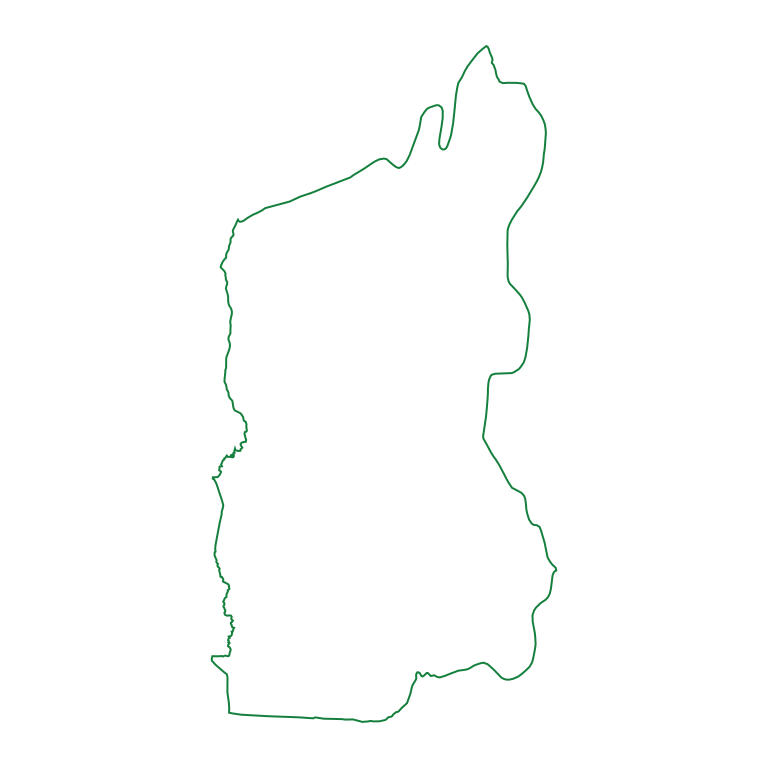 Banteay Srei, Siemréab, Cambodia (Natural Earth projection)
{"feature_id": "14789045B44101089408344", "entity_name": "Banteay Srei", "entity_type": "district", "adm_level": 2, "iso_a3": "KHM", "parent_name": "Cambodia", "parent_adm1": "Siemréab", "projection": "natural_earth1", "projection_center": [104.003, 13.597], "detail": "fine", "context": "isolated", "style": "outline", "palette": "green", "viewbox_px": 768, "rotation_deg": 0, "n_neighbors": 0, "source": "geoboundaries", "source_scale": "gbopen_adm2", "svg_char_len": 6083}
<svg xmlns="http://www.w3.org/2000/svg" viewBox="0 0 768 768"><path d="M212.4,656.2L211.7,659.1L211.9,660.7L215.5,664.7L224.1,672.2L226.8,674.2L227.5,677.4L227.4,692.1L228.9,703.2L229.2,707.8L229.1,712.7L232.4,713.4L241.3,714.7L267.8,716.2L298.4,717.3L313.2,718.3L315.1,717.4L323.9,718.7L341.6,719.1L345.6,719.6L352.9,719.4L362.4,721.9L368.8,721.4L369.9,720.9L373.8,721.4L379.3,721.3L385.3,720.0L386.9,718.7L387.8,717.7L388.9,717.1L390.9,716.8L392.3,716.0L392.9,714.8L395.1,712.9L396.1,712.2L398.4,711.6L401.9,707.7L407.0,703.2L410.4,693.7L412.0,686.6L413.0,684.4L415.5,680.3L416.3,678.6L416.1,676.0L416.2,674.3L417.2,672.4L418.1,672.2L419.9,673.2L420.5,674.5L421.5,676.0L422.4,676.5L423.5,676.0L426.7,673.0L427.8,673.0L430.8,676.0L434.2,675.3L436.9,676.8L438.1,677.2L439.9,677.4L445.4,675.7L449.2,674.1L458.3,670.7L465.6,669.7L468.7,668.8L474.5,665.3L480.3,663.3L483.5,662.7L487.6,664.2L490.4,666.6L494.2,670.1L501.5,677.7L504.1,679.0L506.9,679.7L509.6,679.6L513.4,678.7L518.2,676.6L522.0,673.8L526.6,669.7L529.6,666.8L532.1,662.4L533.4,657.4L535.1,648.3L535.6,644.0L535.3,638.0L534.8,632.9L532.7,621.7L532.5,615.3L534.0,610.7L535.9,607.7L540.6,603.1L545.7,599.7L548.1,597.0L549.8,593.6L550.9,588.8L552.6,575.3L553.8,572.3L554.9,571.2L556.3,570.5L555.6,567.6L552.9,565.2L551.8,564.0L549.7,561.2L547.6,557.4L544.6,542.7L541.0,530.5L539.5,526.8L536.5,525.1L534.1,525.0L531.7,523.6L529.0,519.4L527.3,513.9L526.3,509.2L526.0,504.4L525.2,498.7L523.9,495.5L521.3,492.7L512.0,487.8L508.8,483.0L506.5,479.0L504.1,474.2L499.1,464.8L495.9,459.7L493.5,456.4L490.8,452.1L486.8,444.6L483.4,438.6L483.1,436.2L486.0,416.7L486.7,409.5L487.6,398.6L487.9,393.1L487.9,389.2L488.4,383.1L489.0,380.0L489.8,377.8L490.3,376.9L490.8,375.6L492.4,374.5L495.6,373.7L511.6,373.1L513.8,372.3L518.8,369.1L520.1,367.7L523.5,362.9L524.7,359.8L525.6,356.5L527.1,348.1L528.4,335.9L528.8,329.6L529.8,319.8L529.4,314.7L528.3,310.8L526.9,307.7L524.8,302.9L521.9,297.4L519.6,294.3L514.5,288.6L509.9,283.8L508.6,281.3L507.7,277.5L507.6,274.4L507.8,264.3L507.3,245.1L507.6,230.6L508.2,227.8L509.4,224.6L511.7,220.0L516.9,211.7L521.2,206.4L527.1,197.7L534.3,185.8L537.0,181.0L539.0,176.9L540.8,172.3L542.0,168.0L543.1,162.5L543.9,153.8L544.7,148.9L545.9,132.9L545.5,128.5L544.9,124.4L543.5,120.5L541.2,115.7L538.8,112.4L535.5,108.8L532.9,104.7L529.3,96.7L526.6,89.1L525.8,86.2L524.0,83.8L520.9,83.3L517.0,82.9L508.3,82.8L502.8,83.1L499.6,81.7L498.5,79.1L497.6,78.1L496.8,76.3L495.9,72.8L495.6,70.5L493.9,65.7L493.4,64.7L491.8,62.9L492.5,59.8L492.3,58.4L489.6,52.0L489.0,49.5L487.6,46.8L486.2,46.1L481.9,49.5L477.6,53.3L473.1,59.0L467.7,66.2L464.9,70.9L461.8,77.5L458.4,82.8L457.3,87.4L455.9,95.9L454.7,108.4L453.1,123.5L451.1,134.8L450.3,137.7L447.3,146.2L446.2,148.1L445.2,149.0L444.2,149.4L442.9,149.5L441.4,148.7L440.5,148.0L439.6,146.1L439.1,144.0L439.4,139.1L441.4,127.4L442.7,118.2L442.7,110.9L441.9,108.0L441.0,107.0L439.0,105.4L437.2,105.2L435.6,105.4L430.4,107.2L428.4,108.0L426.6,109.3L424.4,112.1L421.2,117.1L419.9,125.1L418.8,130.2L409.6,155.2L406.7,161.0L405.0,163.3L402.8,165.7L400.7,167.3L398.8,168.0L397.5,167.6L395.7,166.8L392.9,164.7L386.5,159.1L383.9,158.6L379.4,159.3L375.2,161.3L372.7,162.8L363.9,168.8L353.6,175.0L350.4,177.4L326.4,186.6L316.0,191.1L311.1,193.0L300.0,196.7L289.8,201.5L265.3,208.1L261.7,210.6L257.2,212.9L252.8,214.8L247.7,217.8L244.1,220.4L242.0,221.5L239.9,221.8L238.5,220.8L238.0,219.7L237.4,220.7L235.6,224.9L233.1,229.8L232.8,231.1L233.5,234.0L233.3,235.5L230.9,238.1L230.5,239.5L230.6,242.1L229.1,245.9L228.6,249.8L226.8,252.7L226.2,254.3L226.1,257.8L224.8,258.9L222.9,261.5L221.1,265.2L220.7,267.4L224.3,271.0L225.5,273.5L225.3,275.4L225.9,277.9L225.8,279.1L226.2,280.3L227.1,281.7L227.2,284.0L226.5,285.6L225.9,288.5L227.7,294.4L228.1,296.8L228.2,301.5L228.7,304.3L229.4,305.9L230.5,307.6L231.4,309.5L231.9,311.6L231.8,314.1L230.5,319.9L230.2,322.3L230.7,325.5L230.4,330.0L230.4,333.5L228.7,336.8L228.4,339.3L229.6,342.7L230.0,345.3L229.6,348.1L229.1,350.0L226.6,356.7L226.2,358.3L226.1,367.9L225.3,370.4L225.3,372.4L224.6,378.7L224.5,381.8L226.0,384.8L226.6,387.5L226.7,389.4L227.9,391.2L228.5,392.8L228.7,395.7L229.8,398.1L231.5,399.8L232.4,401.1L233.5,408.0L234.6,410.3L240.3,413.2L241.6,414.6L243.1,417.1L243.8,420.6L245.7,421.8L246.5,424.4L246.3,426.2L246.6,428.9L246.9,430.6L246.4,431.6L245.1,431.8L244.4,433.7L245.0,435.7L245.4,437.7L246.2,439.9L245.7,441.9L244.6,441.9L241.7,442.6L240.6,443.9L240.7,445.0L242.3,447.7L240.6,449.2L240.5,450.7L238.6,451.0L235.5,450.2L235.0,448.6L234.3,451.1L234.6,452.9L233.4,453.2L233.9,455.9L233.3,457.2L232.1,457.2L231.9,454.8L230.9,455.3L231.2,456.9L227.8,456.9L226.8,455.6L225.9,456.8L225.5,457.8L224.3,458.3L224.2,459.6L222.9,460.3L221.8,463.2L221.1,464.4L221.9,466.3L219.6,466.6L219.2,470.4L220.5,471.1L221.1,471.8L220.0,474.4L217.9,476.9L216.6,477.2L212.9,477.3L212.8,478.7L214.1,479.4L216.1,483.0L217.0,485.4L222.3,501.5L223.3,505.5L222.9,507.7L221.7,511.8L221.7,514.1L219.7,522.8L215.6,544.6L215.2,548.4L215.5,551.7L214.7,552.2L214.5,554.9L214.9,556.3L216.6,560.2L216.3,561.9L217.1,563.1L218.0,563.9L217.4,565.3L217.8,566.7L218.9,567.5L219.7,568.8L219.1,570.1L220.3,574.9L220.4,576.7L221.9,576.9L222.3,578.0L223.1,578.6L223.3,579.9L222.9,581.3L224.0,582.2L224.9,582.4L226.5,583.4L227.9,584.0L229.1,585.6L228.8,586.9L229.4,588.3L229.1,589.3L227.7,590.2L227.9,591.6L226.5,594.2L226.5,597.0L225.1,597.8L224.5,598.9L224.0,600.3L223.2,601.6L224.1,602.7L224.5,604.0L223.4,606.7L224.2,607.8L224.7,609.4L225.3,610.1L225.1,611.8L224.4,612.5L224.7,614.0L225.3,615.0L227.3,615.7L229.7,615.4L231.1,615.7L231.7,617.0L231.2,618.6L231.7,619.7L232.9,620.6L232.0,622.0L231.0,622.5L230.8,623.6L231.6,624.7L231.7,625.8L232.2,627.1L234.1,627.8L233.3,629.0L233.1,630.5L232.6,631.6L231.7,631.7L232.1,633.1L231.8,634.8L230.9,636.0L228.8,636.5L229.7,637.9L228.5,638.7L228.1,640.2L228.9,641.2L228.3,642.2L229.5,643.1L228.4,644.3L228.0,646.2L229.5,647.2L230.5,648.8L230.6,650.3L229.7,652.9L229.3,655.1L228.6,656.2L226.8,656.0L225.4,655.6L224.1,655.9L223.1,656.5L221.3,656.0L218.5,656.3L212.4,656.2Z" fill="none" stroke="#15803d" stroke-width="2"/></svg>